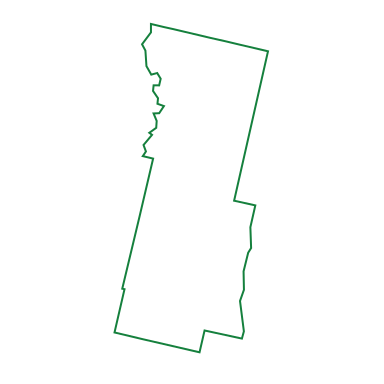 outline of Webster, Louisiana, United States of America, rotated 13°
{"feature_id": "52423323B93386698636065", "entity_name": "Webster", "entity_type": "district", "adm_level": 2, "iso_a3": "USA", "parent_name": "United States of America", "parent_adm1": "Louisiana", "projection": "robinson", "projection_center": [-93.395, 32.714], "detail": "fine", "context": "isolated", "style": "outline", "palette": "green", "viewbox_px": 384, "rotation_deg": 13, "n_neighbors": 0, "source": "geoboundaries", "source_scale": "gbopen_adm2", "svg_char_len": 769}
<svg xmlns="http://www.w3.org/2000/svg" viewBox="0 0 384 384"><g transform="rotate(13 192 192)"><path d="M114.2,37.5L116.1,45.7L110.1,59.3L114.8,64.7L119.3,79.6L125.9,86.8L131.3,83.9L136.0,88.7L136.0,95.5L130.6,96.7L131.3,102.3L137.8,108.3L138.5,113.8L145.3,114.6L142.3,122.6L136.9,124.1L141.6,130.7L142.7,137.5L137.1,143.9L140.2,145.3L134.2,157.1L138.0,162.9L136.0,168.1L146.6,168.2L146.4,227.7L145.8,301.9L148.1,301.9L148.1,337.6L148.1,346.3L177.3,346.5L235.4,346.5L235.4,324.1L273.6,323.6L273.9,316.1L263.3,287.4L264.6,275.6L260.1,257.7L260.4,238.5L262.2,233.3L256.8,213.2L256.7,190.8L235.0,191.0L234.4,37.8L204.8,37.7L204.7,37.7L191.1,37.6L175.4,37.7L137.1,37.5L127.6,37.6L127.1,37.6L114.2,37.5L114.2,37.5Z" fill="none" stroke="#15803d" stroke-width="2"/></g></svg>